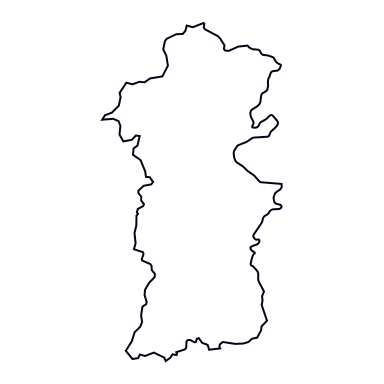 the border of Powys
{"feature_id": "GBR-2111", "entity_name": "Powys", "entity_type": "Unitary Authority (wales)", "adm_level": 1, "iso_a3": "GBR", "parent_name": "United Kingdom", "parent_adm1": "", "projection": "mercator", "projection_center": [-3.28, 52.311], "detail": "fine", "context": "isolated", "style": "outline", "palette": "ink", "viewbox_px": 384, "rotation_deg": 0, "n_neighbors": 0, "source": "natural_earth", "source_scale": "10m", "svg_char_len": 3704}
<svg xmlns="http://www.w3.org/2000/svg" viewBox="0 0 384 384"><path d="M247.5,45.6L249.4,47.7L252.6,49.2L258.3,49.7L259.1,50.1L259.7,50.6L261.0,53.2L261.8,54.1L262.8,54.8L268.0,55.5L272.4,57.0L273.5,57.6L273.7,57.9L275.6,61.3L276.5,62.3L277.4,63.1L280.6,64.7L280.9,65.5L280.6,66.4L279.5,68.9L278.3,70.0L277.2,70.7L273.6,71.0L272.4,71.3L271.7,71.7L271.0,72.5L270.5,73.5L269.6,76.3L268.3,79.0L268.1,80.2L267.9,82.2L268.1,86.0L267.5,88.8L266.9,90.4L266.0,91.2L262.5,93.3L261.8,94.0L261.3,95.2L261.0,96.9L260.5,101.0L260.2,102.4L259.8,103.4L258.6,105.1L257.0,106.5L252.0,109.6L251.3,110.3L250.8,111.2L250.4,112.5L250.4,114.2L250.6,115.6L251.3,117.7L252.7,120.3L253.2,121.2L253.5,122.2L253.5,123.4L253.2,124.4L252.2,126.1L252.2,127.0L253.0,127.6L255.0,127.7L256.4,127.5L257.5,127.0L258.2,126.3L258.7,125.4L259.7,123.4L260.3,122.6L261.1,122.0L266.2,119.1L269.8,115.6L270.6,115.1L271.6,115.1L272.5,115.4L277.1,120.7L277.7,121.9L278.0,123.1L277.8,124.2L276.9,125.7L275.5,127.4L270.7,131.8L269.0,135.9L267.8,136.7L253.6,137.6L251.7,138.4L246.8,141.8L238.3,145.2L237.5,145.8L236.3,147.3L234.1,150.9L233.8,152.1L233.7,153.3L233.8,154.5L234.1,156.8L234.4,158.2L234.9,159.6L235.4,160.7L236.0,161.5L236.7,162.3L243.0,166.5L247.7,171.0L254.3,175.7L259.1,181.1L260.4,182.2L281.3,183.9L281.5,183.9L281.8,186.8L281.3,187.9L280.2,189.5L276.4,192.0L275.1,193.4L274.2,195.4L273.6,197.5L273.6,198.0L274.1,201.2L274.7,202.5L275.5,203.5L280.2,204.8L281.0,205.4L281.5,206.2L281.5,207.1L280.4,208.5L279.3,209.0L273.0,209.3L271.3,209.9L270.5,210.5L269.9,211.0L268.7,213.1L268.1,213.8L267.3,214.5L264.8,215.9L264.0,216.6L263.5,217.4L263.0,218.4L262.1,221.9L261.1,223.7L253.6,234.7L253.3,236.0L253.6,237.3L255.1,239.2L256.3,239.7L257.3,239.7L258.2,239.4L259.1,239.8L259.5,240.7L259.0,242.3L258.3,243.4L257.4,244.3L252.5,246.0L250.9,246.9L250.4,247.8L250.6,249.0L251.9,250.7L254.7,252.6L254.8,253.0L254.7,253.4L253.7,254.2L253.2,255.0L252.6,256.1L251.8,258.7L250.6,263.9L250.7,264.6L251.0,265.3L252.4,265.9L254.1,267.4L257.3,271.1L257.8,272.2L258.2,273.6L258.3,276.1L258.1,277.6L258.3,279.9L258.7,281.5L264.0,291.5L262.1,296.1L262.5,300.7L261.7,305.1L267.0,320.7L261.6,326.3L261.1,330.3L257.1,337.7L252.1,338.7L248.4,342.0L244.5,343.2L243.5,343.5L235.3,343.9L222.8,342.0L219.8,344.4L219.4,346.8L220.1,348.4L211.8,349.4L209.2,349.8L207.6,344.8L202.2,342.9L198.7,338.1L196.9,338.8L195.8,341.9L194.7,342.3L193.1,341.5L190.2,340.0L187.7,340.1L186.5,341.5L186.2,347.7L185.1,349.3L176.3,352.2L177.0,354.0L176.5,355.1L172.5,354.3L170.3,357.8L165.7,361.0L164.2,357.6L153.8,352.6L145.0,356.0L140.0,354.5L138.1,358.1L132.5,359.0L125.8,350.8L131.9,341.1L134.6,332.3L140.2,326.8L142.1,322.0L141.1,315.5L142.4,306.9L143.9,305.6L146.0,304.4L146.7,302.1L144.6,295.2L145.0,289.9L149.1,282.8L154.6,277.2L154.9,274.0L151.8,270.1L151.5,265.7L150.2,264.0L142.3,260.6L141.7,259.5L143.5,254.1L143.0,252.2L136.6,250.1L133.9,249.2L135.6,243.4L134.5,232.9L136.3,225.7L136.5,215.6L138.0,213.8L136.9,212.3L137.8,209.0L143.1,206.1L144.0,204.2L141.1,200.4L141.3,196.7L138.4,193.0L138.5,190.6L143.6,185.8L151.2,184.4L153.1,182.0L149.7,177.2L146.0,176.9L145.2,171.4L140.5,160.0L133.0,154.8L133.6,148.4L137.4,145.7L139.7,136.1L135.9,135.5L131.9,139.8L123.3,141.4L119.5,134.5L120.4,125.9L118.5,121.1L113.2,118.8L102.2,119.7L105.1,115.2L111.8,112.7L118.8,105.7L120.6,97.3L119.6,93.0L126.3,82.7L132.6,84.3L139.3,81.8L144.5,82.3L150.2,78.4L162.4,76.4L167.9,65.7L166.3,55.6L163.2,49.3L165.0,41.0L166.8,38.7L176.1,34.3L182.8,33.9L185.4,30.8L186.7,25.6L192.9,27.2L201.3,23.9L203.6,23.0L204.3,23.7L203.8,27.5L204.8,29.2L218.1,36.3L220.1,38.5L224.5,45.3L223.9,48.9L225.1,50.5L228.7,50.9L238.2,46.6L247.4,45.6L247.5,45.6Z" fill="none" stroke="#020617" stroke-width="2"/></svg>